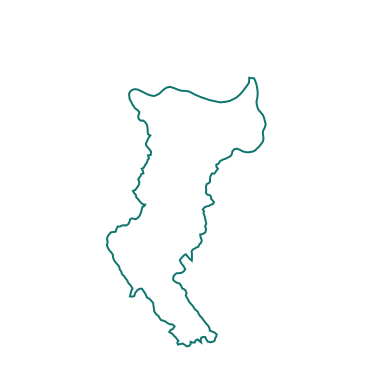 Igrapiúna, Bahia, Brazil (Natural Earth projection), rotated 309°
{"feature_id": "56859067B23298500408343", "entity_name": "Igrapiúna", "entity_type": "district", "adm_level": 2, "iso_a3": "BRA", "parent_name": "Brazil", "parent_adm1": "Bahia", "projection": "natural_earth1", "projection_center": [-39.239, -13.883], "detail": "fine", "context": "isolated", "style": "outline", "palette": "teal", "viewbox_px": 384, "rotation_deg": 309, "n_neighbors": 0, "source": "geoboundaries", "source_scale": "gbopen_adm2", "svg_char_len": 3994}
<svg xmlns="http://www.w3.org/2000/svg" viewBox="0 0 384 384"><g transform="rotate(309 192 192)"><path d="M319.4,168.8L316.8,164.6L314.6,166.2L312.5,167.6L309.1,167.8L302.3,168.1L297.7,167.9L293.1,167.0L286.5,164.0L283.2,161.3L279.4,157.5L276.5,151.8L274.7,148.3L271.2,138.9L269.5,132.8L268.8,128.9L268.3,126.6L266.4,123.3L264.0,120.0L262.9,117.5L261.4,112.4L259.9,108.8L257.7,106.9L254.6,105.7L251.1,105.1L247.8,104.7L245.3,103.6L242.7,102.1L241.3,99.6L239.9,96.1L239.4,93.8L239.0,91.7L237.5,85.4L236.1,83.0L234.0,81.4L231.4,80.8L229.1,81.1L227.4,82.5L225.1,84.9L224.0,87.4L222.6,90.7L221.2,95.1L221.4,98.4L220.9,100.9L219.0,101.7L216.7,102.7L215.2,104.8L215.2,107.5L216.6,108.7L217.0,110.9L215.9,114.6L214.3,116.6L212.5,118.4L210.7,119.8L209.3,121.6L209.7,124.0L206.7,124.1L203.6,125.0L200.8,125.7L199.4,127.0L198.8,129.6L198.4,132.3L197.5,135.0L194.7,136.6L192.8,134.7L191.2,137.3L188.9,137.4L186.6,138.4L183.7,138.6L180.4,139.2L178.5,138.3L177.4,140.7L176.0,142.4L173.7,141.3L172.0,142.0L170.3,142.0L168.0,142.2L166.6,144.9L164.0,146.2L160.8,146.5L157.8,146.6L155.7,145.4L154.8,147.6L154.5,150.0L152.7,152.2L152.5,154.7L152.0,156.7L151.6,158.8L151.5,161.6L152.7,163.5L151.1,163.8L149.2,162.9L146.8,163.9L143.8,165.4L139.9,166.3L137.3,166.1L135.2,165.1L133.8,162.0L131.9,161.1L129.9,162.0L127.1,162.7L124.6,162.0L123.3,160.0L121.7,158.5L119.9,157.8L118.4,156.0L115.7,156.5L113.2,157.7L111.5,156.1L109.5,154.3L107.5,154.3L105.7,154.3L103.5,154.7L101.6,155.9L100.5,157.4L99.1,158.5L97.2,159.2L95.7,161.8L94.8,164.1L94.3,166.7L93.6,169.8L91.5,171.8L90.0,174.3L89.1,177.4L88.6,180.6L88.0,182.6L86.5,184.3L85.7,186.9L84.1,189.4L83.8,192.7L83.0,194.7L82.7,196.8L81.9,198.4L81.1,200.3L81.0,202.3L80.4,204.2L79.7,206.4L76.6,207.2L71.8,209.4L72.9,211.2L74.8,212.6L77.8,211.4L80.9,211.3L83.6,212.0L85.3,213.9L84.5,216.8L83.8,219.1L82.8,221.4L81.7,223.1L82.2,226.8L81.7,229.2L81.4,231.6L79.4,233.5L77.4,235.9L75.4,237.8L74.5,241.3L74.5,244.0L73.5,246.6L73.0,248.6L73.9,250.6L74.7,252.9L74.7,255.0L75.1,257.7L76.8,260.3L76.6,263.1L73.4,263.3L71.0,262.1L68.9,262.4L69.4,266.1L68.9,268.5L68.8,270.7L68.2,272.9L67.8,275.1L65.6,275.4L64.6,277.2L66.6,278.7L68.4,280.2L68.6,282.4L68.9,285.3L70.5,286.6L72.8,286.7L74.7,285.2L75.5,287.5L76.9,288.9L78.9,288.2L81.0,289.2L80.8,291.4L80.9,293.7L82.6,291.7L84.7,290.9L86.6,292.0L87.6,293.7L86.3,296.1L85.7,298.6L86.8,300.9L88.4,302.2L90.7,303.2L92.8,302.0L95.0,301.8L96.9,300.8L97.0,298.2L96.1,295.0L95.4,293.0L96.9,291.7L98.2,288.9L98.6,286.4L99.0,284.1L99.8,281.0L100.5,278.7L100.6,276.7L101.3,274.2L102.5,272.1L102.7,269.7L102.8,267.4L103.9,264.7L104.4,261.6L104.8,259.2L106.4,255.3L107.7,252.2L109.7,251.7L111.2,249.4L111.6,247.6L110.9,245.3L112.2,242.6L113.1,240.0L112.2,238.0L111.7,235.6L111.8,233.0L113.0,231.5L116.0,230.5L119.1,231.1L120.9,233.2L122.4,234.7L125.2,235.6L127.8,235.3L129.1,231.9L129.8,228.5L131.4,225.4L134.0,225.3L137.7,225.6L139.7,226.4L139.3,228.6L138.7,231.3L138.5,235.0L140.6,233.6L142.2,232.2L143.8,231.0L145.5,229.1L147.5,228.8L149.3,229.5L151.5,230.3L153.5,231.4L155.7,230.7L158.1,231.0L160.5,230.1L162.5,226.8L164.2,225.1L166.1,226.8L169.1,227.8L172.2,226.1L173.7,223.7L176.3,223.1L181.5,216.5L182.7,214.3L184.6,213.5L185.2,211.4L188.0,211.4L190.3,212.6L192.1,214.1L193.9,214.5L195.8,215.9L197.9,215.5L198.4,213.3L198.8,211.1L200.4,209.7L200.7,207.7L199.6,205.5L200.1,203.4L201.6,202.4L203.2,201.2L204.9,199.5L207.5,198.5L209.5,199.5L211.5,199.5L213.5,197.7L215.8,196.4L218.9,195.8L220.4,197.8L223.5,197.6L226.4,197.5L227.0,195.1L228.4,193.7L230.8,194.8L233.7,194.4L236.6,195.6L238.8,197.0L242.1,198.6L244.4,199.4L246.7,199.0L249.1,197.8L252.0,198.0L253.9,199.6L254.9,202.5L255.5,205.8L256.9,208.9L258.5,211.0L261.4,213.6L263.7,214.8L269.8,215.6L273.4,215.5L276.2,215.2L278.8,213.7L281.4,210.9L283.2,209.2L285.0,208.6L287.8,208.0L291.0,206.7L294.9,201.4L296.4,198.8L297.8,191.7L300.0,188.1L302.8,185.2L306.5,183.4L310.0,181.0L311.9,179.2L315.4,175.4L317.6,172.2L319.4,168.8Z" fill="none" stroke="#0f766e" stroke-width="2"/></g></svg>